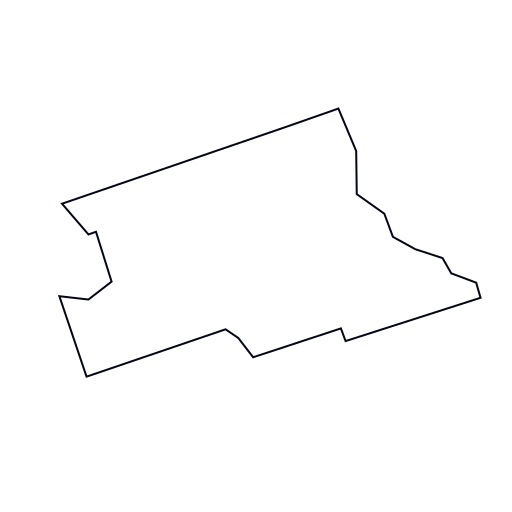 the district of Atkinson, Georgia, United States of America, rotated 161°
{"feature_id": "52423323B8273444603527", "entity_name": "Atkinson", "entity_type": "district", "adm_level": 2, "iso_a3": "USA", "parent_name": "United States of America", "parent_adm1": "Georgia", "projection": "natural_earth1", "projection_center": [-82.899, 31.302], "detail": "fine", "context": "isolated", "style": "outline", "palette": "ink", "viewbox_px": 512, "rotation_deg": 161, "n_neighbors": 0, "source": "geoboundaries", "source_scale": "gbopen_adm2", "svg_char_len": 450}
<svg xmlns="http://www.w3.org/2000/svg" viewBox="0 0 512 512"><g transform="rotate(161 256 256)"><path d="M422.4,368.6L407.4,330.9L399.4,331.0L400.9,278.8L428.6,269.4L455.0,282.0L455.5,197.1L308.7,196.6L299.4,184.2L291.7,161.2L199.3,159.9L199.0,146.4L57.3,143.4L56.5,159.1L77.0,176.0L80.3,193.3L103.1,210.5L120.3,229.5L120.9,254.2L140.6,281.7L127.1,322.6L130.1,368.6L189.0,368.3L422.4,368.6Z" fill="none" stroke="#020617" stroke-width="2"/></g></svg>